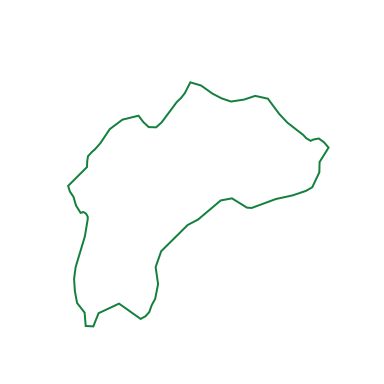 an SVG outline of Burdur, rotated 342°
{"feature_id": "TUR-2273", "entity_name": "Burdur", "entity_type": "Province", "adm_level": 1, "iso_a3": "TUR", "parent_name": "Turkey", "parent_adm1": "", "projection": "robinson", "projection_center": [30.062, 37.38], "detail": "fine", "context": "isolated", "style": "outline", "palette": "green", "viewbox_px": 384, "rotation_deg": 342, "n_neighbors": 0, "source": "natural_earth", "source_scale": "10m", "svg_char_len": 1039}
<svg xmlns="http://www.w3.org/2000/svg" viewBox="0 0 384 384"><g transform="rotate(342 192 192)"><path d="M81.2,177.5L79.6,177.4L77.5,169.0L77.8,160.0L76.0,153.8L76.1,147.9L99.9,135.8L101.7,130.7L104.1,125.9L109.5,122.8L112.4,121.7L119.9,117.3L133.2,106.8L148.2,101.7L164.7,102.9L167.3,110.4L170.9,116.9L177.9,119.4L184.8,116.3L205.2,101.8L210.6,99.2L215.7,95.8L224.3,87.2L233.5,93.5L241.8,104.7L249.1,112.1L257.0,118.0L270.1,120.2L281.8,120.1L293.0,126.7L299.1,144.8L304.2,155.6L315.4,172.1L317.2,176.0L320.6,180.0L323.5,179.6L329.1,180.3L332.9,185.5L335.6,192.0L322.6,202.9L319.2,212.6L307.9,224.6L301.0,226.1L286.6,226.3L269.7,224.6L243.8,225.6L239.5,223.9L228.0,210.4L216.7,208.9L189.2,220.1L177.8,222.0L144.4,238.8L134.2,252.2L131.3,269.1L123.9,282.3L118.8,287.1L114.2,293.0L109.4,295.8L103.9,296.8L88.1,275.6L65.7,278.4L56.6,289.3L49.5,286.6L52.6,273.5L48.4,262.1L50.0,250.0L53.0,238.2L58.1,227.5L76.4,201.1L84.6,185.3L85.2,183.2L84.6,180.1L83.4,178.3L82.0,177.3L81.2,177.5Z" fill="none" stroke="#15803d" stroke-width="2"/></g></svg>